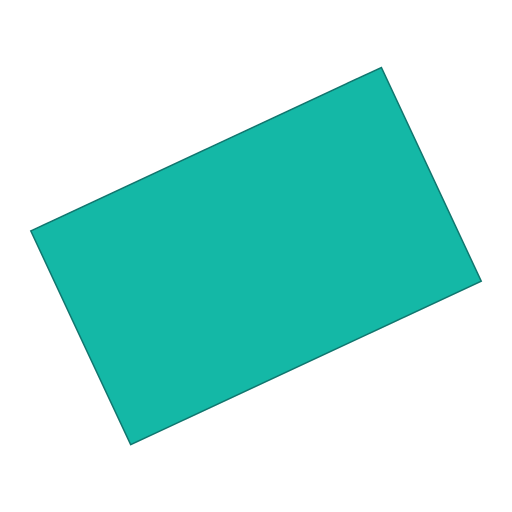 outline of Dallam, Texas, United States of America, rotated 335°
{"feature_id": "52423323B63824106950713", "entity_name": "Dallam", "entity_type": "district", "adm_level": 2, "iso_a3": "USA", "parent_name": "United States of America", "parent_adm1": "Texas", "projection": "robinson", "projection_center": [-102.699, 36.278], "detail": "fine", "context": "isolated", "style": "filled", "palette": "teal", "viewbox_px": 512, "rotation_deg": 335, "n_neighbors": 0, "source": "geoboundaries", "source_scale": "gbopen_adm2", "svg_char_len": 285}
<svg xmlns="http://www.w3.org/2000/svg" viewBox="0 0 512 512"><g transform="rotate(335 256 256)"><path d="M79.9,138.1L62.5,138.1L62.5,234.6L62.5,235.0L62.7,374.0L449.5,374.0L449.3,138.2L413.0,138.0L410.6,138.1L79.9,138.1Z" fill="#14b8a6" stroke="#0f766e" stroke-width="1.5"/></g></svg>